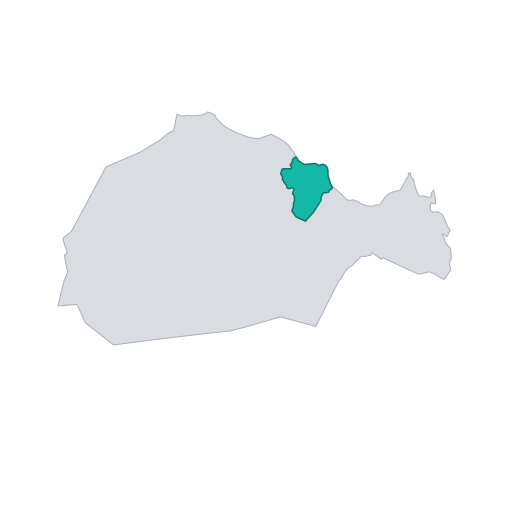 Maradi highlighted on a map of Niger, rotated 206°
{"feature_id": "NER-91", "entity_name": "Maradi", "entity_type": "Department", "adm_level": 1, "iso_a3": "NER", "parent_name": "Niger", "parent_adm1": "", "projection": "orthographic", "projection_center": [7.538, 14.218], "detail": "fine", "context": "in_parent", "style": "filled", "palette": "teal", "viewbox_px": 512, "rotation_deg": 206, "n_neighbors": 0, "source": "natural_earth", "source_scale": "10m", "svg_char_len": 5163}
<svg xmlns="http://www.w3.org/2000/svg" viewBox="0 0 512 512"><g transform="rotate(206 256 256)"><path d="M389.2,348.9L385.0,349.0L382.6,349.8L379.6,352.3L376.2,353.3L372.1,355.5L369.5,357.2L367.1,358.5L363.8,361.8L362.7,364.2L359.4,364.8L354.6,364.5L351.6,362.1L344.6,359.7L340.1,358.7L338.0,358.4L327.3,358.2L316.0,359.3L310.2,360.6L309.2,360.9L305.9,362.4L303.2,364.2L295.9,372.1L286.1,371.9L280.4,371.1L275.5,369.9L268.5,366.2L260.0,360.7L256.7,359.9L253.8,359.5L252.8,359.6L242.7,365.1L240.7,365.0L238.3,365.6L236.7,367.0L235.6,367.7L234.4,367.8L232.8,367.5L231.2,366.7L229.6,365.1L225.5,358.9L224.6,357.8L222.9,356.0L219.9,353.1L217.8,351.7L216.6,351.4L215.1,351.6L207.0,349.1L198.9,346.4L197.1,346.7L195.9,347.3L193.0,349.2L189.7,349.5L185.5,349.3L183.2,349.0L179.5,349.6L177.0,350.3L173.7,351.6L169.5,355.1L168.3,355.5L167.3,356.1L165.7,365.8L164.5,368.7L162.3,372.5L158.1,376.1L155.2,378.3L155.1,381.3L154.8,386.3L154.7,389.6L154.8,391.8L154.3,392.9L154.1,393.8L154.3,395.3L154.9,396.0L155.3,396.9L155.0,397.6L153.7,398.4L152.2,396.2L150.3,394.6L148.2,393.9L146.8,392.7L146.0,391.2L143.3,388.1L137.0,381.9L136.4,381.8L135.3,381.5L133.5,382.2L132.4,383.1L131.6,383.5L130.4,383.6L127.4,384.2L124.9,385.2L124.8,386.0L125.9,390.6L125.3,393.0L124.2,391.8L120.8,387.2L118.5,383.7L118.1,382.9L117.7,381.7L118.0,381.2L119.0,380.9L121.2,380.5L121.6,380.1L121.7,379.2L121.4,377.5L120.3,375.1L119.0,373.5L118.3,373.1L117.0,373.1L115.5,373.2L112.8,375.1L111.6,375.4L108.8,375.2L106.3,374.7L104.8,373.7L100.4,369.8L95.5,365.6L93.5,365.0L93.0,364.6L92.7,361.4L92.9,357.7L93.2,356.8L95.3,357.4L97.5,357.7L98.2,357.1L96.5,355.7L94.0,354.3L93.1,352.2L92.4,351.5L91.3,350.8L90.0,350.3L88.7,349.7L87.8,349.1L86.3,348.8L84.8,348.3L82.7,345.0L80.6,341.7L79.4,339.1L79.0,337.6L79.7,335.1L79.1,334.0L76.8,331.3L74.8,328.8L75.4,325.1L76.0,322.0L76.0,320.0L76.4,318.9L76.7,317.6L78.0,317.2L81.4,317.4L88.0,318.2L93.4,317.7L93.7,317.5L97.5,314.3L101.8,310.9L108.0,310.7L114.7,310.5L120.1,310.4L127.8,310.3L134.0,310.2L141.3,310.1L141.5,308.5L142.0,308.1L142.7,308.1L148.0,309.0L153.0,310.0L153.4,306.9L157.9,303.2L160.4,302.4L161.0,301.8L161.8,300.5L162.3,298.5L162.6,297.1L163.5,295.9L164.2,293.7L165.2,290.0L167.7,286.0L169.2,280.6L169.5,275.4L169.9,271.4L170.6,270.6L170.7,263.6L170.8,256.5L170.9,250.5L171.0,243.0L171.1,236.5L171.2,229.4L171.3,223.1L171.4,218.9L176.4,217.9L181.5,217.0L189.1,215.5L197.2,214.0L206.1,212.2L208.2,211.2L214.9,205.1L217.9,202.4L224.0,197.0L228.6,192.8L234.5,187.4L240.7,182.1L245.6,177.8L253.4,172.9L265.0,165.6L276.6,158.2L288.2,150.8L299.6,143.4L311.1,136.0L322.4,128.5L333.8,121.0L345.0,113.6L356.6,116.1L367.6,118.5L378.7,120.9L381.4,122.2L387.5,127.3L395.2,133.7L395.6,133.8L395.9,133.8L402.9,129.7L412.0,124.3L415.2,138.0L417.6,149.8L418.1,157.4L418.3,159.4L419.1,160.7L420.9,162.0L428.5,172.7L427.1,174.7L428.3,178.0L430.2,179.4L436.3,185.7L437.2,187.0L436.9,188.1L433.2,195.9L432.6,197.8L432.2,207.7L432.0,214.6L431.6,224.2L431.2,235.6L430.8,245.3L430.3,258.1L429.9,270.2L424.1,277.0L413.8,289.1L405.4,298.9L401.2,305.5L393.0,318.2L389.4,326.5L386.5,330.8L385.1,332.6L386.5,338.5L389.2,348.9Z" fill="#d9dde1" stroke="#a8b0b8" stroke-width="1"/><path d="M228.5,363.5L226.6,359.9L222.7,355.7L219.5,352.5L217.9,351.6L217.5,351.5L217.4,351.1L217.4,349.8L217.5,349.3L217.6,348.9L217.9,348.6L218.7,347.8L219.0,347.4L219.0,347.0L218.7,345.7L218.7,345.3L218.9,345.1L219.2,344.8L220.7,343.7L220.9,343.5L221.2,343.2L221.3,343.1L221.6,343.1L222.4,342.9L222.6,342.8L222.9,342.6L223.0,342.5L223.1,342.1L223.3,339.5L223.3,338.3L223.2,338.1L223.0,337.4L222.9,336.9L222.9,336.6L222.1,334.8L222.0,334.2L222.0,333.5L223.4,322.1L223.4,321.7L223.4,321.2L226.8,309.0L236.0,308.7L237.3,308.8L241.9,311.3L243.4,312.2L243.8,313.0L243.9,316.4L244.0,316.9L244.9,318.5L245.2,319.3L245.9,323.2L246.1,323.5L246.3,323.8L246.7,324.3L246.9,324.7L247.4,326.2L247.8,326.6L248.2,326.8L250.2,328.0L250.5,328.2L250.7,328.4L250.8,328.8L250.9,331.8L250.9,332.1L251.1,332.4L251.4,332.7L252.5,333.2L252.9,333.3L253.2,333.3L253.6,333.0L255.7,331.1L256.1,330.9L256.5,330.8L257.8,330.9L258.0,330.9L258.1,331.0L258.9,332.2L259.2,332.6L259.4,332.8L260.4,333.2L260.6,333.3L261.1,333.5L261.8,334.1L262.0,334.2L262.6,334.2L262.9,334.3L263.2,334.6L264.4,335.7L264.5,335.8L265.5,336.2L265.7,336.4L266.0,336.6L266.1,336.8L266.2,337.0L266.3,337.2L266.4,338.0L266.5,338.2L266.6,338.5L269.6,340.5L269.9,340.8L270.0,341.2L270.1,341.6L270.1,342.4L270.1,342.7L270.2,343.0L270.4,343.5L270.4,344.4L270.5,345.2L270.4,345.6L270.3,345.9L270.0,346.1L263.3,349.6L263.2,349.7L263.1,349.8L263.0,350.0L262.9,350.4L262.8,350.5L262.8,350.8L262.8,351.1L262.9,351.3L263.1,351.7L263.4,352.0L263.8,352.2L264.6,352.5L265.0,352.7L265.2,353.0L265.2,353.3L264.7,355.2L264.7,355.6L265.3,359.0L265.3,359.4L265.1,359.8L263.7,362.5L262.9,362.4L262.5,362.2L261.7,361.6L261.1,361.2L260.5,360.7L260.3,360.5L259.6,360.2L253.6,359.4L252.8,359.5L252.0,359.8L243.5,365.0L242.7,365.3L241.9,365.2L239.4,364.8L238.9,364.9L237.5,366.6L236.4,367.6L235.9,367.8L235.7,367.8L235.3,367.9L233.6,367.9L232.8,367.8L232.0,367.5L231.3,367.0L230.4,366.2L229.0,364.6L228.5,363.5Z" fill="#14b8a6" stroke="#0f766e" stroke-width="1.5"/></g></svg>